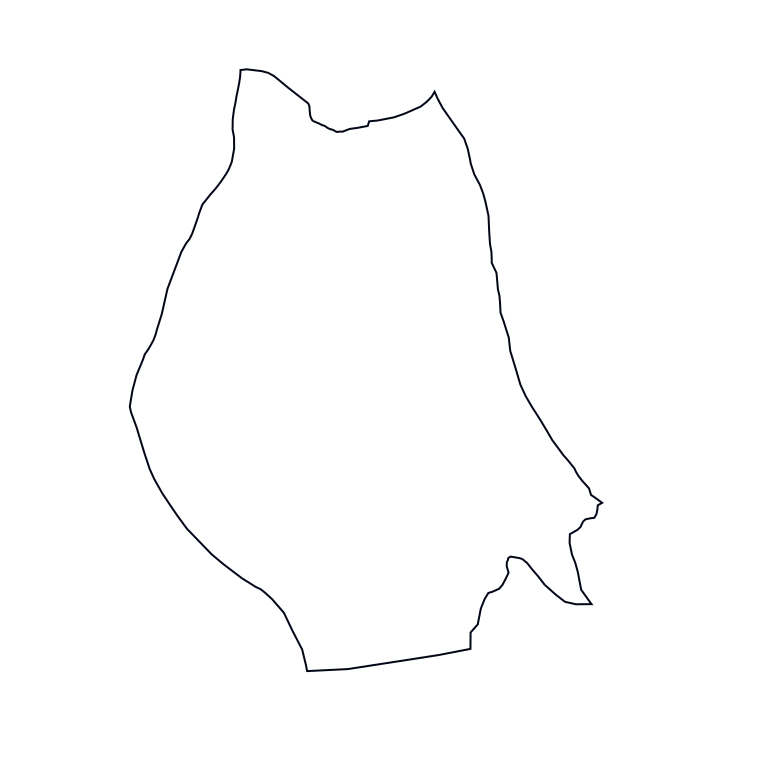 outline of Kaysone Phomvihane, Savannakhét, Laos, rotated 11°
{"feature_id": "54806243B84595841762541", "entity_name": "Kaysone Phomvihane", "entity_type": "district", "adm_level": 2, "iso_a3": "LAO", "parent_name": "Laos", "parent_adm1": "Savannakhét", "projection": "mercator", "projection_center": [104.87, 16.59], "detail": "fine", "context": "isolated", "style": "outline", "palette": "ink", "viewbox_px": 768, "rotation_deg": 11, "n_neighbors": 0, "source": "geoboundaries", "source_scale": "gbopen_adm2", "svg_char_len": 2621}
<svg xmlns="http://www.w3.org/2000/svg" viewBox="0 0 768 768"><g transform="rotate(11 384 384)"><path d="M620.8,459.0L611.3,454.6L608.6,453.5L608.4,453.4L605.2,447.4L596.8,441.0L592.5,437.2L589.3,433.7L587.0,430.5L578.7,423.5L573.7,419.7L569.5,415.8L559.8,406.9L553.7,399.9L544.0,389.1L533.4,378.0L525.6,369.1L518.1,358.8L511.0,345.1L501.6,327.4L497.6,314.6L489.3,299.4L484.8,291.8L482.4,282.1L480.5,275.4L477.7,269.2L475.6,261.7L473.7,255.1L473.1,253.3L466.6,244.5L466.3,242.8L466.3,242.6L466.2,242.1L464.3,234.0L461.3,226.2L458.3,214.8L454.5,199.0L452.1,193.4L448.5,185.1L445.2,178.4L440.2,170.3L432.7,161.1L427.2,151.3L425.5,146.9L421.3,137.1L415.8,127.7L410.5,122.7L400.6,113.2L389.0,102.0L381.9,93.3L377.9,87.5L375.9,93.0L371.9,99.1L367.0,104.7L352.6,114.7L343.0,120.3L327.7,126.5L319.3,129.0L318.8,133.8L313.9,135.7L309.2,137.6L304.5,139.2L301.8,140.1L298.2,142.3L295.2,144.2L293.2,144.5L289.3,145.6L285.5,144.3L282.2,144.0L279.7,143.4L277.0,142.1L273.2,141.5L270.5,140.7L267.1,140.0L264.5,139.4L263.2,138.7L261.6,136.7L260.3,134.5L258.8,129.5L257.7,125.3L256.0,123.0L233.3,111.4L217.3,102.7L211.0,100.7L204.4,100.2L189.2,101.3L183.2,103.2L183.6,105.3L184.2,110.8L184.4,116.6L184.4,123.4L184.3,128.9L184.5,137.0L184.4,143.3L185.0,153.0L186.8,163.1L189.7,170.4L192.0,181.4L192.2,194.9L191.4,199.3L190.4,203.7L189.1,207.5L187.4,211.7L184.6,217.9L182.3,222.6L180.1,226.6L177.5,230.9L175.3,235.2L173.3,239.0L172.8,239.9L171.5,242.5L171.4,242.8L170.0,251.4L169.4,257.0L167.8,267.9L167.0,273.1L165.5,278.6L162.9,283.8L159.9,292.9L153.3,331.9L152.5,357.9L150.7,374.1L150.3,379.5L149.3,385.0L147.6,390.4L145.8,395.4L143.5,400.5L142.8,405.8L139.4,422.4L138.3,438.4L138.6,449.6L138.8,454.8L141.1,460.1L149.6,474.1L154.8,484.0L162.3,498.1L170.3,512.3L176.8,521.4L187.2,533.6L194.9,541.4L206.7,553.1L218.3,563.8L247.2,584.0L260.7,591.5L281.6,601.8L296.9,607.7L302.1,609.0L306.9,611.5L315.3,616.6L329.4,627.7L341.6,644.2L354.3,660.2L360.7,674.1L363.3,680.5L402.7,670.8L488.9,639.8L519.4,627.5L516.4,611.4L521.9,602.1L521.9,594.0L521.9,585.9L523.8,576.0L526.3,569.2L530.0,567.3L536.1,563.0L538.6,558.6L540.5,552.4L542.3,545.6L539.2,539.3L538.6,535.6L539.1,533.5L539.3,531.0L541.2,529.3L547.0,529.1L551.0,529.1L553.5,529.6L558.9,532.6L564.9,537.8L572.3,543.6L572.5,543.8L580.0,550.4L592.8,558.0L599.3,561.3L603.4,563.3L614.4,563.6L629.7,560.5L625.2,556.3L621.0,552.3L616.9,548.5L613.5,540.1L610.1,531.5L605.9,523.1L601.0,515.4L596.5,504.6L595.1,495.9L601.7,490.3L604.2,486.8L605.6,481.2L607.6,478.4L611.8,476.6L616.0,475.2L617.4,471.0L617.4,466.5L617.0,462.3L620.8,459.0Z" fill="none" stroke="#020617" stroke-width="2"/></g></svg>